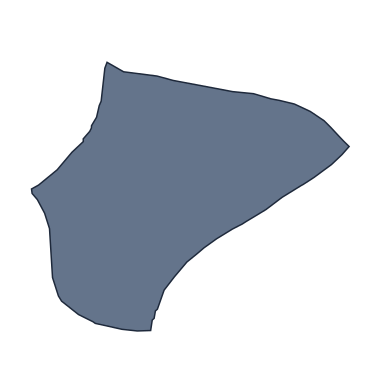 outline of San Rafael La Independencia, Huehuetenango, Guatemala, rotated 356°
{"feature_id": "79465075B73195694709107", "entity_name": "San Rafael La Independencia", "entity_type": "district", "adm_level": 2, "iso_a3": "GTM", "parent_name": "Guatemala", "parent_adm1": "Huehuetenango", "projection": "orthographic", "projection_center": [-91.52, 15.728], "detail": "fine", "context": "isolated", "style": "filled", "palette": "slate", "viewbox_px": 384, "rotation_deg": 356, "n_neighbors": 0, "source": "geoboundaries", "source_scale": "gbopen_adm2", "svg_char_len": 911}
<svg xmlns="http://www.w3.org/2000/svg" viewBox="0 0 384 384"><g transform="rotate(356 192 192)"><path d="M141.1,327.3L143.4,317.0L145.4,315.4L147.2,308.1L149.3,306.5L157.3,288.0L168.5,275.4L182.0,261.5L192.8,253.9L200.1,248.5L213.4,240.3L229.7,231.8L236.9,228.7L239.6,227.6L243.8,225.3L264.5,214.7L281.5,203.6L301.3,193.2L303.3,192.3L314.7,186.0L322.4,181.1L333.0,174.4L344.3,165.1L351.9,157.6L346.7,151.7L342.0,146.0L334.9,137.2L328.7,130.1L315.6,119.9L300.3,111.4L285.5,106.7L277.0,104.5L260.2,98.2L239.5,94.7L181.0,79.4L165.2,73.9L132.1,67.3L116.3,56.7L113.7,62.4L107.7,95.1L105.5,99.3L102.0,110.8L96.4,118.8L96.1,121.2L94.2,124.4L87.2,131.4L87.1,134.1L75.0,144.0L59.0,160.5L39.4,174.4L32.1,177.8L32.4,182.3L37.2,188.8L43.5,202.9L47.3,218.6L46.9,267.6L51.5,286.4L54.3,291.8L70.2,306.3L84.3,314.6L86.3,316.3L112.6,324.1L127.7,326.8L141.1,327.3Z" fill="#64748b" stroke="#1e293b" stroke-width="1.5"/></g></svg>